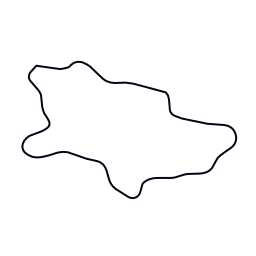 map outline of Al Bahah (Equal Earth projection), rotated 265°
{"feature_id": "SAU-885", "entity_name": "Al Bahah", "entity_type": "Region", "adm_level": 1, "iso_a3": "SAU", "parent_name": "Saudi Arabia", "parent_adm1": "", "projection": "equal_earth", "projection_center": [41.371, 20.064], "detail": "fine", "context": "isolated", "style": "outline", "palette": "ink", "viewbox_px": 256, "rotation_deg": 265, "n_neighbors": 0, "source": "natural_earth", "source_scale": "10m", "svg_char_len": 1390}
<svg xmlns="http://www.w3.org/2000/svg" viewBox="0 0 256 256"><g transform="rotate(265 128 128)"><path d="M198.0,42.1L192.6,65.6L192.9,69.6L193.7,74.2L196.5,77.8L197.9,80.6L198.3,84.1L197.6,87.9L194.9,92.6L192.6,95.5L179.1,107.4L176.7,110.4L174.9,114.5L174.0,118.6L173.4,129.5L171.7,137.1L160.2,168.7L157.1,170.6L153.1,171.3L142.4,171.3L140.1,171.8L138.2,173.0L137.0,174.2L135.7,176.3L132.6,183.0L125.3,207.5L122.6,224.0L121.7,227.0L120.3,229.7L118.2,232.0L115.9,233.5L113.4,234.4L110.8,234.9L108.2,234.9L105.1,234.1L102.4,232.5L100.0,230.0L92.8,217.8L90.1,214.5L81.3,208.6L80.0,207.3L78.2,205.0L77.0,202.0L76.5,198.9L76.3,195.9L77.0,183.2L76.7,180.1L74.6,170.1L74.5,166.9L75.8,151.2L75.6,147.9L75.0,144.6L73.9,141.6L72.5,139.2L71.5,138.1L71.0,137.6L62.5,134.4L60.2,132.9L58.4,130.5L57.7,127.7L58.0,124.8L59.6,121.9L68.3,110.5L70.9,108.0L73.8,106.2L77.3,104.9L88.4,102.7L91.0,101.7L93.7,100.2L96.4,97.1L97.8,94.1L101.0,84.0L109.1,65.9L109.8,61.8L109.9,60.3L109.6,55.7L107.6,46.6L106.7,40.3L106.5,37.0L106.7,34.1L107.3,31.5L107.9,29.7L109.1,27.5L110.8,25.0L113.1,22.7L115.5,21.5L118.3,21.1L121.1,21.7L124.5,23.6L127.0,26.3L128.8,29.4L132.3,41.9L133.6,44.9L135.1,47.6L136.8,49.4L138.3,50.1L140.7,50.2L144.1,48.9L149.7,46.0L152.7,45.0L156.4,44.4L168.6,44.2L171.1,43.3L173.6,41.9L184.1,34.4L186.6,33.6L189.4,34.1L191.6,35.2L198.0,42.1Z" fill="none" stroke="#020617" stroke-width="2"/></g></svg>